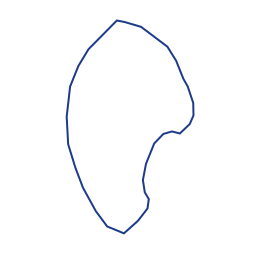 Lamotrek, Federated States of Micronesia, rotated 188°
{"feature_id": "79324940B52587082205524", "entity_name": "Lamotrek", "entity_type": "district", "adm_level": 2, "iso_a3": "FSM", "parent_name": "Federated States of Micronesia", "parent_adm1": "", "projection": "albers", "projection_center": [146.379, 7.457], "detail": "fine", "context": "isolated", "style": "outline", "palette": "blue", "viewbox_px": 256, "rotation_deg": 188, "n_neighbors": 0, "source": "geoboundaries", "source_scale": "gbopen_adm2", "svg_char_len": 513}
<svg xmlns="http://www.w3.org/2000/svg" viewBox="0 0 256 256"><g transform="rotate(188 128 128)"><path d="M97.5,51.0L97.5,60.5L102.4,66.6L106.0,78.5L105.2,95.0L99.9,116.3L92.2,127.0L84.0,130.7L75.9,129.8L67.4,140.5L64.9,149.6L66.9,161.9L74.7,177.5L80.0,184.4L89.7,201.3L100.3,214.0L129.2,230.0L146.3,232.5L154.0,232.9L178.1,200.5L185.8,182.4L191.1,161.0L190.3,130.7L185.0,103.6L174.4,81.0L164.2,62.5L148.3,41.2L134.9,27.6L117.4,23.1L105.2,37.5L97.5,51.0Z" fill="none" stroke="#1e3a8a" stroke-width="2"/></g></svg>